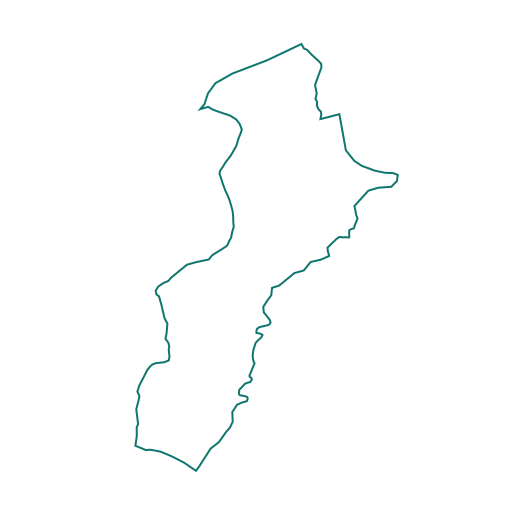 outline of Carnot, Mambéré-Kadéï, Central African Republic, rotated 79°
{"feature_id": "33826404B21992681295318", "entity_name": "Carnot", "entity_type": "district", "adm_level": 2, "iso_a3": "CAF", "parent_name": "Central African Republic", "parent_adm1": "Mambéré-Kadéï", "projection": "natural_earth1", "projection_center": [16.19, 4.73], "detail": "fine", "context": "isolated", "style": "outline", "palette": "teal", "viewbox_px": 512, "rotation_deg": 79, "n_neighbors": 0, "source": "geoboundaries", "source_scale": "gbopen_adm2", "svg_char_len": 2658}
<svg xmlns="http://www.w3.org/2000/svg" viewBox="0 0 512 512"><g transform="rotate(79 256 256)"><path d="M419.3,410.6L422.4,405.7L425.5,401.2L425.8,397.9L426.4,395.5L429.9,386.9L436.4,377.2L445.1,366.1L455.4,355.9L452.0,352.2L436.4,337.3L431.6,327.9L422.9,318.8L419.6,314.4L414.3,310.5L404.6,309.0L398.5,303.1L397.2,298.2L396.8,293.4L396.6,292.5L394.5,291.4L393.9,291.3L392.6,291.7L392.3,292.1L391.3,294.0L390.4,296.0L390.0,297.6L389.4,298.6L387.9,299.0L386.8,298.7L384.2,298.0L379.3,291.2L378.7,287.6L378.7,285.8L376.4,283.5L375.9,283.6L374.5,284.0L373.7,285.0L372.5,285.4L361.0,277.9L359.3,278.5L354.3,278.5L352.1,278.0L350.2,277.4L347.4,276.4L343.6,274.2L341.2,272.9L339.1,270.1L337.0,266.4L334.7,264.7L333.5,265.9L332.9,266.9L331.6,270.2L330.6,270.2L327.9,269.1L326.5,266.5L326.1,256.9L325.5,255.6L323.9,254.4L320.9,254.8L319.5,255.6L316.5,257.1L312.8,259.1L307.4,258.6L301.7,253.2L297.4,248.5L290.3,246.3L289.5,239.0L280.1,221.6L279.3,211.8L272.3,203.5L272.0,193.3L269.9,184.1L267.6,184.3L264.8,184.6L261.4,184.2L254.8,174.0L253.2,170.6L254.4,166.8L254.6,164.5L255.5,161.8L255.4,161.0L254.3,160.7L251.8,160.3L248.6,159.6L247.9,158.0L247.5,154.7L244.3,152.9L238.7,149.2L234.9,149.8L225.7,149.8L220.5,142.9L213.3,133.2L212.3,122.9L213.9,110.0L212.2,107.6L209.3,103.3L203.4,101.4L200.7,105.8L199.1,113.0L195.0,122.9L187.8,134.8L181.3,141.4L169.4,147.6L132.7,147.1L133.9,166.6L129.3,164.8L126.6,164.8L123.9,166.6L119.9,167.6L116.4,166.6L113.1,167.6L110.7,166.6L108.0,165.4L106.4,165.4L99.4,165.4L97.8,164.5L90.5,160.1L83.2,155.7L79.5,155.4L74.6,158.8L69.5,162.6L63.3,166.6L61.4,169.4L56.6,171.0L66.0,207.8L72.4,244.4L78.6,262.8L87.2,272.1L97.2,277.7L101.2,282.7L100.5,274.4L103.8,270.8L106.2,267.0L113.3,254.6L118.1,249.4L123.3,246.8L129.2,245.8L132.8,247.8L135.5,249.6L138.8,251.6L141.8,253.0L144.7,254.8L149.2,258.6L152.8,261.8L156.1,265.6L159.0,268.8L161.6,271.0L165.5,275.0L168.5,276.2L171.6,275.6L179.0,274.8L186.1,273.6L191.6,272.2L195.6,271.4L201.4,270.8L207.5,270.4L212.3,270.8L218.3,271.8L222.8,272.2L227.5,274.6L230.7,276.0L233.1,276.8L236.6,279.8L239.2,281.4L240.4,282.6L243.0,288.6L245.0,294.0L246.9,298.8L250.4,303.0L250.6,316.0L251.4,325.5L256.8,335.5L261.1,343.5L263.7,346.7L264.9,352.1L267.3,357.7L270.9,361.1L274.7,361.1L277.1,358.9L287.1,358.1L299.2,357.7L305.6,355.9L314.7,358.5L320.1,360.7L322.7,359.3L325.1,358.5L328.7,358.5L331.1,359.5L335.1,359.9L338.2,360.1L341.8,361.5L342.8,366.3L342.3,371.9L342.1,374.9L342.7,378.3L343.9,380.5L346.8,384.1L360.9,395.3L366.5,398.3L369.7,397.5L371.8,397.3L376.1,399.2L380.3,401.2L383.7,402.8L398.4,403.8L401.5,405.8L410.1,407.4L419.3,410.6Z" fill="none" stroke="#0f766e" stroke-width="2"/></g></svg>